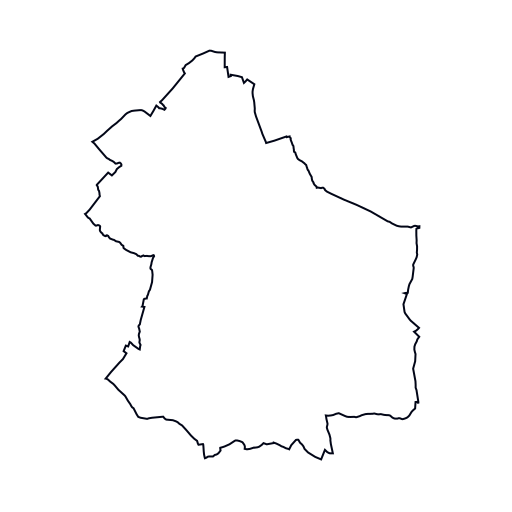 the district of Botosana, Suceava, Romania, rotated 354°
{"feature_id": "2599482B9355615521199", "entity_name": "Botosana", "entity_type": "district", "adm_level": 2, "iso_a3": "ROU", "parent_name": "Romania", "parent_adm1": "Suceava", "projection": "albers", "projection_center": [25.936, 47.686], "detail": "fine", "context": "isolated", "style": "outline", "palette": "ink", "viewbox_px": 512, "rotation_deg": 354, "n_neighbors": 0, "source": "geoboundaries", "source_scale": "gbopen_adm2", "svg_char_len": 6086}
<svg xmlns="http://www.w3.org/2000/svg" viewBox="0 0 512 512"><g transform="rotate(354 256 256)"><path d="M398.3,424.3L399.4,417.9L400.5,417.9L401.8,418.9L402.1,419.6L402.2,417.9L401.6,406.2L401.0,403.7L401.3,400.8L401.5,397.1L401.4,396.0L400.5,384.5L403.3,377.3L404.4,370.2L404.0,368.1L403.7,365.6L404.1,362.7L405.1,360.4L407.0,357.6L407.4,356.5L408.0,355.5L409.9,353.4L405.3,347.8L407.4,347.0L409.4,345.6L410.6,344.5L403.2,336.6L402.2,335.2L398.4,328.7L397.9,327.2L397.6,319.4L402.1,309.6L399.9,308.5L400.6,308.4L401.8,308.4L402.6,308.6L403.1,308.5L403.8,305.3L404.9,301.9L405.7,300.0L409.0,295.2L409.6,293.1L411.6,284.4L411.6,283.4L411.3,282.2L411.4,281.1L411.9,280.2L414.4,276.2L415.6,274.1L416.5,271.4L416.3,269.4L416.8,266.7L417.2,263.3L417.0,260.0L417.4,257.2L417.6,252.4L418.1,247.3L418.4,245.7L419.5,245.2L420.6,245.3L421.4,245.1L421.6,243.5L420.2,243.5L417.5,242.6L416.5,242.6L413.1,243.8L409.9,242.6L403.3,241.9L401.3,241.4L399.1,240.6L394.6,237.8L392.5,236.0L390.6,235.3L374.7,223.7L361.1,215.5L349.6,209.3L337.2,201.9L333.3,199.4L331.6,197.7L331.4,196.8L330.1,195.2L329.0,195.0L327.8,195.3L324.7,194.4L323.5,194.5L323.4,193.3L321.7,191.4L320.9,189.8L320.9,189.0L319.8,186.9L319.6,185.1L319.6,183.2L318.1,179.9L317.0,176.3L316.6,176.0L316.4,175.4L316.1,174.5L316.1,173.8L315.8,172.9L315.4,170.7L314.4,169.7L314.1,169.2L313.6,168.6L313.2,168.3L311.6,166.7L309.3,165.2L307.8,163.8L307.3,162.8L306.2,159.0L305.9,157.3L305.6,156.9L304.8,156.4L304.7,155.5L304.8,153.9L304.7,153.1L304.7,150.8L304.5,150.0L304.0,149.4L303.4,146.7L303.0,145.4L302.6,143.8L302.8,143.2L302.8,142.4L301.9,141.3L301.9,140.6L299.0,141.0L298.8,140.3L286.4,143.2L277.9,144.7L277.7,143.6L275.1,135.2L274.6,132.8L270.6,117.2L269.8,112.7L269.9,111.2L270.2,109.2L270.3,103.0L270.2,100.9L269.6,96.7L269.6,93.6L269.8,92.0L270.4,89.7L272.3,85.0L265.7,79.5L263.8,81.3L262.1,82.6L260.7,76.7L256.7,75.1L249.8,73.1L249.8,74.4L247.4,75.0L247.0,65.0L244.6,65.0L245.7,54.9L246.3,50.5L238.7,49.4L236.5,48.8L232.9,47.2L231.2,46.9L224.5,49.1L216.8,51.3L215.3,53.0L213.1,54.9L209.4,57.2L206.0,58.8L204.2,61.3L203.3,61.9L202.7,62.0L202.8,62.9L203.6,65.6L204.3,67.0L190.6,80.7L178.9,91.2L176.6,92.9L176.8,93.4L177.9,94.3L178.7,95.1L179.3,96.1L179.9,96.6L180.3,97.7L180.9,98.8L181.6,99.2L181.5,99.8L180.2,101.0L178.4,99.9L176.6,99.2L175.1,98.9L174.6,98.0L172.6,96.0L169.2,100.9L165.6,105.7L160.2,100.6L158.4,99.4L157.4,99.0L156.0,98.8L150.1,98.7L147.4,98.8L143.8,100.0L142.6,100.5L140.9,101.6L136.2,105.6L134.0,107.1L131.3,109.1L126.5,112.0L121.2,115.8L117.3,118.8L110.8,122.9L105.2,125.3L107.1,127.3L110.8,132.9L117.4,142.4L118.3,143.3L119.7,144.1L120.7,145.1L123.2,146.6L124.6,147.8L125.9,149.4L127.3,149.5L129.0,149.0L130.3,148.9L131.2,149.8L131.7,150.9L131.5,152.2L129.2,153.3L126.7,155.0L124.9,157.8L121.1,160.8L117.7,157.6L105.2,168.5L105.0,168.8L105.1,169.1L105.8,170.3L105.9,170.7L106.0,173.6L106.7,174.9L106.9,177.2L106.8,178.2L106.9,179.4L107.0,180.2L95.4,192.5L91.7,195.7L90.4,196.3L92.7,199.9L93.3,200.6L94.5,201.3L97.6,206.8L99.6,209.0L100.2,209.1L102.1,208.7L103.4,209.3L103.9,209.8L104.1,210.3L103.4,213.8L103.5,214.7L104.1,215.9L104.7,216.7L105.6,217.5L105.9,218.6L106.5,219.4L108.2,220.5L108.9,220.5L109.3,219.9L109.9,219.8L111.1,220.6L111.7,222.0L112.8,223.5L113.7,223.9L115.4,224.8L116.4,225.1L118.3,226.7L121.3,227.7L122.3,228.6L123.5,230.8L125.1,232.0L125.1,234.1L125.3,234.4L125.9,235.0L127.5,236.4L131.7,239.2L134.9,240.4L137.2,241.7L138.5,243.4L139.5,243.6L140.5,244.3L141.1,244.6L141.9,244.6L142.4,244.2L144.1,243.7L145.0,244.4L147.6,244.5L148.9,244.9L151.5,245.2L154.0,244.4L154.5,244.7L154.6,245.6L153.4,247.1L151.6,251.2L151.0,253.4L150.0,255.8L149.7,257.0L149.9,257.9L151.0,258.9L151.2,260.0L151.2,263.9L149.9,271.1L147.0,278.5L145.8,279.9L145.4,280.9L144.4,283.4L143.8,284.1L142.9,286.8L142.5,286.7L141.5,286.9L140.5,286.9L139.9,287.4L137.9,293.9L137.4,294.4L139.7,295.0L134.7,307.5L133.3,311.9L132.1,312.9L131.7,314.0L132.2,316.0L132.5,319.1L131.5,321.1L131.1,322.6L131.2,324.4L131.5,326.0L131.6,327.4L131.0,329.6L131.2,330.6L131.9,332.4L131.4,333.5L130.6,336.8L129.4,336.1L124.5,331.8L122.5,329.1L121.4,328.3L119.4,332.6L117.2,331.5L114.4,336.8L117.0,339.2L112.9,344.6L109.2,347.6L99.6,356.3L93.7,362.2L94.4,362.4L95.9,363.4L97.8,365.6L100.7,368.3L102.0,370.0L105.1,374.6L110.9,381.1L111.5,382.1L113.4,386.4L115.5,390.2L116.3,392.2L117.0,393.5L118.3,394.6L120.8,401.1L122.1,403.7L124.3,404.8L130.7,406.6L132.5,406.2L135.7,406.0L146.9,406.1L148.2,408.1L149.6,409.3L156.1,410.6L159.0,412.0L160.7,413.1L162.3,414.9L164.8,416.8L168.6,422.0L172.6,427.8L175.5,431.3L178.1,433.7L178.6,436.5L179.1,437.7L183.6,437.5L183.8,438.0L183.8,439.9L183.6,444.8L183.6,448.1L183.9,450.9L184.1,451.8L185.8,451.3L186.7,450.7L187.5,450.5L189.0,450.5L192.2,450.9L194.3,449.5L195.5,449.4L197.0,448.9L198.6,447.7L199.5,446.7L200.4,445.8L200.3,443.7L200.4,443.0L202.8,442.6L205.0,442.1L209.9,440.5L215.5,437.6L216.3,437.3L218.0,437.5L220.3,438.3L222.6,439.5L223.2,440.0L224.6,442.5L224.9,443.6L225.0,444.7L224.6,446.6L226.8,447.3L229.8,447.2L234.0,446.3L234.2,446.5L237.5,446.4L239.2,446.0L241.9,444.5L243.9,442.9L247.0,444.4L253.8,443.9L254.0,443.4L256.7,444.7L259.9,446.7L261.4,447.9L263.2,448.7L265.6,450.3L268.4,451.4L268.8,451.7L271.3,447.8L276.5,443.1L277.8,443.0L278.9,443.2L280.3,446.3L282.1,448.3L283.3,450.3L284.1,452.9L287.2,456.8L293.9,462.0L299.5,465.1L304.3,456.0L306.3,458.4L307.7,459.4L308.9,460.0L311.8,460.3L310.8,450.9L310.7,446.9L310.9,445.9L310.9,444.9L310.4,441.4L308.9,436.3L308.5,434.2L308.7,433.1L309.4,431.3L309.6,430.2L309.0,425.4L308.9,422.9L308.8,421.9L311.0,422.4L314.0,422.4L316.2,422.2L319.2,421.3L321.9,421.0L327.9,424.5L329.5,425.3L331.0,425.7L333.4,426.0L336.8,426.2L338.6,426.8L339.1,426.8L342.5,426.1L344.4,425.4L348.3,424.7L350.6,424.7L355.2,425.1L357.2,425.0L359.9,426.0L361.4,426.3L363.6,426.3L366.8,427.4L369.3,427.9L371.5,428.2L372.8,428.8L374.6,430.8L375.9,431.7L377.1,432.2L379.4,432.5L381.2,432.2L382.3,432.5L384.0,433.4L384.7,433.6L386.7,433.3L388.9,432.7L390.3,431.9L391.8,430.7L394.4,427.3L396.0,425.9L398.3,424.3Z" fill="none" stroke="#020617" stroke-width="2"/></g></svg>